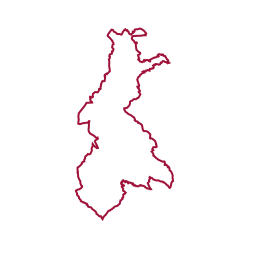 the district of Ambato Boeni, Boeny, Madagascar, rotated 303°
{"feature_id": "10022922B29824664852903", "entity_name": "Ambato Boeni", "entity_type": "district", "adm_level": 2, "iso_a3": "MDG", "parent_name": "Madagascar", "parent_adm1": "Boeny", "projection": "natural_earth1", "projection_center": [46.383, -16.718], "detail": "fine", "context": "isolated", "style": "outline", "palette": "rose", "viewbox_px": 256, "rotation_deg": 303, "n_neighbors": 0, "source": "geoboundaries", "source_scale": "gbopen_adm2", "svg_char_len": 5854}
<svg xmlns="http://www.w3.org/2000/svg" viewBox="0 0 256 256"><g transform="rotate(303 128 128)"><path d="M37.7,156.3L39.8,156.0L42.0,156.2L42.8,156.6L47.4,156.7L48.4,157.1L48.9,157.8L50.0,158.0L51.2,158.8L51.9,158.7L53.1,159.4L53.6,159.3L55.2,159.9L57.0,161.6L58.3,161.7L59.4,162.3L60.3,162.2L63.2,161.1L63.5,161.5L65.4,162.0L66.0,161.3L66.9,161.7L67.6,161.6L69.4,160.3L70.7,160.7L71.0,161.2L72.5,161.3L72.9,159.5L72.7,158.7L72.8,157.9L74.5,157.0L75.3,154.8L76.2,154.8L77.1,156.0L77.6,155.9L77.6,154.7L77.0,153.8L77.4,152.8L77.7,152.9L78.2,152.2L78.8,152.6L79.1,152.1L79.7,152.0L80.4,152.8L81.0,152.2L81.5,152.3L81.6,152.6L80.9,153.3L81.0,153.9L81.9,154.7L81.2,155.3L81.8,155.7L82.5,155.6L82.8,157.2L82.5,157.9L81.9,157.8L81.7,158.3L82.1,158.5L82.6,158.2L82.8,158.3L83.6,160.1L83.4,161.0L84.3,162.0L83.8,163.2L83.1,163.0L82.9,164.2L83.8,164.9L83.5,165.7L83.8,166.0L83.6,166.4L84.0,166.8L84.4,168.2L85.9,169.0L86.2,169.5L86.8,169.4L87.2,170.2L87.1,171.0L87.8,172.2L88.0,173.1L88.0,174.1L87.6,174.9L87.9,176.1L87.7,177.0L88.5,178.6L88.8,180.3L89.2,180.6L89.7,178.9L92.5,174.6L94.8,174.9L95.8,174.0L97.3,174.1L98.3,172.9L98.8,173.0L98.6,174.3L99.1,175.1L98.7,177.2L98.9,178.5L99.5,180.4L100.8,182.5L100.9,184.5L101.5,185.3L102.0,186.8L101.6,187.2L102.0,187.8L101.8,190.0L101.3,191.5L101.5,192.7L100.5,194.8L100.5,195.7L102.2,195.7L105.5,194.3L107.3,194.2L108.1,194.7L110.5,192.5L112.3,191.5L113.6,190.1L115.0,187.8L115.2,186.0L116.9,184.6L117.0,183.9L116.8,183.1L117.6,183.1L117.6,181.5L118.1,180.4L117.0,179.0L117.6,178.5L118.3,178.5L119.7,176.9L119.6,176.4L118.7,175.7L117.9,170.6L118.2,169.4L118.0,168.3L118.5,166.8L118.4,165.7L118.9,165.1L118.7,164.2L119.5,163.8L120.4,162.9L121.1,160.6L123.2,161.3L123.5,159.9L125.7,159.7L127.2,162.0L127.9,162.3L128.5,161.5L129.2,161.2L129.4,160.5L130.1,160.1L131.9,157.8L132.2,154.2L132.1,153.4L131.5,152.8L131.4,152.0L134.8,150.2L135.6,146.5L135.2,144.8L134.1,143.0L134.1,142.4L135.0,141.0L138.0,138.2L138.2,137.5L138.3,134.7L137.8,133.6L138.4,133.2L138.6,132.4L138.1,131.4L138.0,129.7L138.2,129.3L139.1,129.1L140.2,127.2L140.1,125.2L140.4,124.1L139.9,120.4L140.3,119.0L140.2,117.6L140.4,116.6L140.9,116.1L141.3,114.9L142.5,114.1L144.5,116.3L147.8,116.8L149.2,116.5L151.2,115.4L152.5,115.9L152.9,116.4L154.2,116.9L154.9,116.9L155.6,117.5L156.3,118.8L157.5,119.4L158.4,119.6L159.0,120.3L162.8,120.1L163.3,119.7L164.1,117.3L165.6,117.8L166.2,116.4L166.9,115.7L166.9,114.9L167.7,113.3L167.9,113.3L168.2,114.7L169.7,114.2L173.6,109.4L176.5,108.9L177.5,109.6L178.8,109.2L180.6,109.9L181.6,110.0L183.0,111.2L183.3,109.7L184.4,110.4L185.0,112.0L186.1,111.9L186.3,112.5L187.3,112.8L187.8,114.8L188.7,114.2L189.5,114.1L189.9,115.0L191.0,115.6L191.4,116.5L192.1,116.7L192.5,116.4L193.3,116.4L194.0,115.0L195.2,115.4L195.8,116.5L196.6,116.2L197.8,118.5L197.9,119.5L199.0,120.2L200.7,119.9L200.9,120.6L203.2,120.8L203.6,121.8L203.5,123.1L204.2,124.7L203.8,125.9L205.1,127.0L205.4,124.9L206.3,125.1L206.7,124.8L206.8,123.5L207.8,121.2L208.6,120.3L207.9,118.5L208.6,117.6L208.6,117.1L208.3,116.6L207.7,116.7L207.4,116.4L207.4,115.4L206.8,113.7L205.3,113.3L204.5,115.4L204.3,113.6L202.7,113.2L202.0,112.2L201.4,112.0L201.0,111.4L197.0,109.2L196.3,109.4L196.1,110.2L195.8,110.2L195.5,109.4L195.8,107.6L195.1,106.5L193.8,105.9L193.7,105.3L194.1,105.1L194.0,104.8L193.6,104.4L192.3,105.1L191.9,104.4L191.0,104.1L190.3,101.9L191.0,100.6L190.7,100.0L191.2,99.2L192.3,99.6L193.9,97.4L194.7,96.7L196.0,97.6L197.1,97.7L197.7,97.2L197.6,95.2L198.2,92.5L201.8,89.3L202.9,88.9L204.0,89.2L204.4,88.9L204.3,88.2L203.4,87.7L203.2,87.2L204.2,85.7L204.5,83.3L205.4,82.3L206.8,81.9L208.0,82.3L213.3,89.7L214.2,90.4L214.7,91.3L215.3,91.2L215.8,91.8L215.7,92.2L217.2,91.8L218.3,88.4L218.3,85.1L217.8,83.7L216.1,82.3L214.4,80.2L213.8,80.1L212.4,80.9L211.8,80.7L211.4,79.6L210.4,80.4L209.0,79.8L208.1,79.9L207.7,78.0L208.5,76.4L209.1,76.0L209.0,75.5L209.3,74.8L209.0,74.4L209.6,73.8L208.9,73.0L209.3,71.9L208.7,71.6L205.7,71.4L203.1,71.8L202.6,71.4L202.3,70.0L201.0,67.7L201.4,65.7L201.1,63.5L201.9,62.3L202.0,61.7L201.5,60.6L200.4,60.5L195.6,60.3L194.4,60.6L194.0,61.2L193.8,63.1L192.5,67.6L192.0,67.8L191.5,69.2L190.6,70.2L189.3,69.8L186.9,70.8L186.2,73.0L184.0,73.5L183.5,72.8L181.6,74.0L180.0,72.8L179.1,72.7L178.8,73.1L178.1,73.2L178.2,73.8L177.5,74.3L175.9,74.8L175.2,74.5L173.6,76.1L169.9,78.3L165.9,81.8L163.1,81.3L162.5,80.8L161.7,81.0L161.6,80.3L160.0,79.6L159.2,80.4L159.0,80.0L158.7,80.1L157.9,81.2L154.9,82.8L154.3,82.6L153.4,81.0L150.3,81.4L148.9,82.4L147.6,82.5L146.0,83.7L145.6,83.6L145.0,82.5L143.6,83.2L141.6,83.2L141.2,82.9L140.7,81.5L140.2,80.8L137.6,80.0L136.0,80.7L135.2,81.6L134.6,81.6L134.2,81.3L133.5,79.2L132.7,79.6L132.2,80.7L131.2,80.8L130.3,82.0L130.2,83.7L129.8,84.1L126.5,79.5L123.2,79.6L113.5,78.7L110.1,80.4L108.4,82.0L104.6,83.8L104.8,85.0L105.6,86.1L107.2,87.3L110.7,91.4L113.4,91.6L110.1,92.9L108.8,93.9L105.0,95.9L103.6,97.2L102.7,99.4L103.0,104.2L102.5,105.9L102.6,107.0L103.4,107.7L102.5,108.6L100.1,107.4L98.7,107.5L95.8,112.4L94.8,113.6L94.2,112.9L94.4,110.5L94.7,108.7L95.4,107.0L95.1,107.1L94.2,108.1L90.8,108.7L89.4,110.0L85.7,110.5L84.6,109.6L84.3,108.5L83.6,108.6L82.6,108.1L81.9,108.2L81.1,107.8L80.3,107.8L78.8,108.7L77.5,108.6L76.2,109.6L74.8,108.4L73.9,108.6L73.3,108.3L72.5,108.8L69.1,108.1L68.3,107.5L67.1,107.3L64.8,109.0L64.4,109.6L63.4,109.7L63.2,110.4L62.4,110.7L61.8,111.5L60.2,112.5L58.3,115.1L57.4,117.0L55.7,118.2L54.3,120.1L54.3,121.1L53.7,121.6L51.9,121.4L49.9,120.4L49.1,119.5L47.1,118.4L46.8,118.6L45.4,120.9L44.2,121.7L43.5,124.3L42.4,125.3L41.8,127.6L40.9,128.3L41.3,130.2L41.1,131.0L41.6,131.5L41.5,132.0L41.8,132.8L41.6,133.8L42.1,134.6L41.9,135.2L41.2,135.4L41.3,136.3L40.5,137.0L40.3,137.6L41.3,140.4L40.6,142.2L40.4,145.9L39.6,147.7L38.8,148.3L38.8,149.8L38.4,151.7L38.5,152.4L39.3,153.3L39.2,153.8L38.2,154.9L37.7,156.3Z" fill="none" stroke="#9f1239" stroke-width="2"/></g></svg>